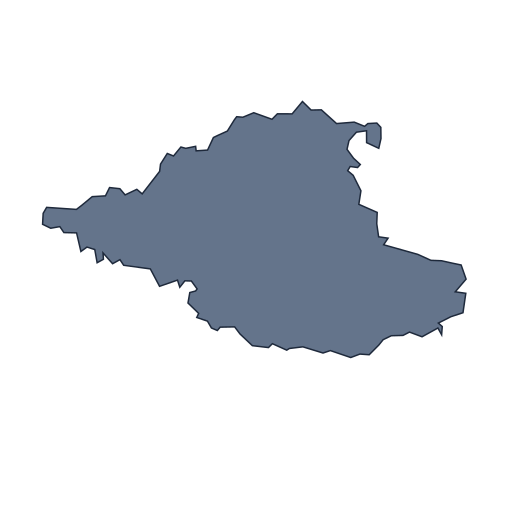 Hormigueros, Puerto Rico (Albers equal-area conic projection), rotated 340°
{"feature_id": "32010507B56909324713626", "entity_name": "Hormigueros", "entity_type": "district", "adm_level": 2, "iso_a3": "PRI", "parent_name": "Puerto Rico", "parent_adm1": "", "projection": "albers", "projection_center": [-67.115, 18.132], "detail": "fine", "context": "isolated", "style": "filled", "palette": "slate", "viewbox_px": 512, "rotation_deg": 340, "n_neighbors": 0, "source": "geoboundaries", "source_scale": "gbopen_adm2", "svg_char_len": 1639}
<svg xmlns="http://www.w3.org/2000/svg" viewBox="0 0 512 512"><g transform="rotate(340 256 256)"><path d="M340.9,381.7L346.9,378.1L355.9,377.2L367.0,380.9L374.2,380.0L384.4,388.7L402.3,385.9L403.5,393.5L406.9,386.0L404.4,381.4L418.4,379.7L431.1,380.1L440.4,362.8L431.0,357.8L445.5,349.6L445.7,334.6L438.1,329.9L428.7,323.9L418.9,319.9L408.6,309.8L379.8,289.1L386.2,284.4L377.8,279.9L380.5,267.0L384.8,256.5L370.3,242.6L376.9,230.6L374.9,213.4L371.3,207.2L375.1,204.1L381.7,207.6L385.3,205.7L381.1,197.5L378.0,186.9L382.9,179.3L392.7,174.0L402.7,176.1L398.7,187.3L408.2,196.8L413.6,188.4L417.3,177.8L415.0,172.4L406.4,169.8L402.4,171.3L394.1,163.8L377.0,159.1L367.4,141.0L357.7,137.7L352.5,126.7L338.6,134.8L324.7,129.7L317.8,133.0L302.9,120.6L291.1,121.1L285.5,118.5L282.4,120.5L271.8,128.8L261.4,129.6L256.5,130.1L246.7,139.9L235.7,136.7L236.8,132.3L226.8,130.8L222.7,127.9L212.7,133.8L207.7,129.3L197.7,137.0L194.4,143.5L170.3,158.7L166.8,152.6L153.9,153.8L151.1,146.2L141.8,141.6L135.1,148.0L122.4,144.2L109.5,148.8L103.2,150.8L75.9,138.7L70.6,143.1L66.3,153.2L72.6,159.7L81.7,161.3L83.5,168.3L95.3,172.9L93.0,191.9L100.2,189.8L106.7,194.8L104.4,208.0L111.5,206.9L113.3,200.8L118.6,214.2L126.9,212.9L128.5,219.5L152.3,232.0L155.0,251.5L174.0,251.8L173.7,259.3L180.7,255.0L186.7,257.4L189.4,266.8L187.3,268.2L181.3,267.7L176.0,276.9L182.5,290.3L179.3,293.5L188.1,300.6L189.5,308.4L194.2,312.8L198.0,310.6L211.7,315.3L214.3,323.8L221.9,339.0L236.4,346.3L241.4,344.0L252.7,355.0L255.7,354.3L269.0,357.4L285.8,370.1L293.5,370.3L310.3,383.8L320.1,383.7L328.6,387.5L340.9,381.7Z" fill="#64748b" stroke="#1e293b" stroke-width="1.5"/></g></svg>